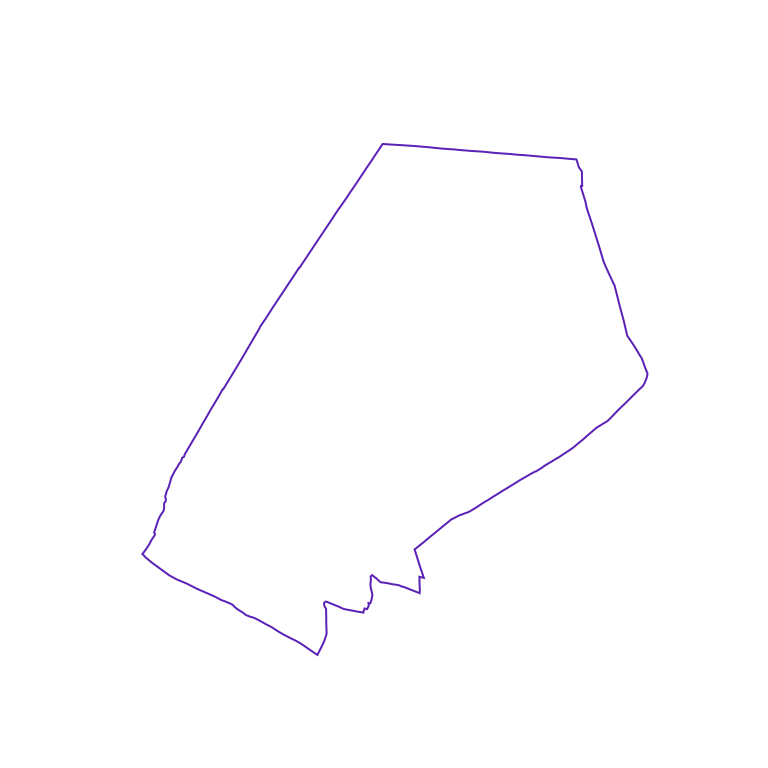 Tam Nong, Ðong Tháp, Vietnam, rotated 318°
{"feature_id": "81297802B81919693811276", "entity_name": "Tam Nong", "entity_type": "district", "adm_level": 2, "iso_a3": "VNM", "parent_name": "Vietnam", "parent_adm1": "Ðong Tháp", "projection": "robinson", "projection_center": [105.496, 10.734], "detail": "fine", "context": "isolated", "style": "outline", "palette": "violet", "viewbox_px": 768, "rotation_deg": 318, "n_neighbors": 0, "source": "geoboundaries", "source_scale": "gbopen_adm2", "svg_char_len": 3938}
<svg xmlns="http://www.w3.org/2000/svg" viewBox="0 0 768 768"><g transform="rotate(318 384 384)"><path d="M597.0,511.4L597.1,510.8L604.7,497.0L611.1,484.3L617.3,472.6L621.1,465.4L621.6,463.8L621.7,463.3L627.1,445.7L629.3,439.5L635.2,427.2L640.2,416.3L645.9,403.8L650.6,393.0L652.4,389.0L655.9,382.9L662.3,369.0L663.0,368.6L663.8,369.4L673.3,358.4L673.8,353.4L677.3,345.9L673.6,342.0L666.2,334.0L657.7,325.4L655.4,322.9L646.6,313.4L641.1,307.5L637.6,304.0L630.7,296.5L628.9,294.6L624.6,290.2L620.6,286.0L619.0,284.2L614.2,278.9L611.0,275.5L604.3,268.7L602.4,266.6L597.2,261.2L593.0,256.5L591.1,254.6L584.1,247.3L575.6,237.9L566.9,228.6L557.7,219.1L548.9,210.2L543.6,204.7L528.3,208.6L523.3,209.9L518.2,211.1L501.5,215.4L491.9,217.8L486.4,219.1L481.2,220.5L468.3,223.5L468.2,223.5L467.7,223.5L453.9,227.1L422.8,235.0L399.0,241.1L398.7,240.8L384.2,244.6L357.3,251.5L352.2,252.8L341.1,255.9L330.4,258.5L328.4,259.4L309.9,265.3L299.0,268.8L293.9,270.4L275.9,275.9L261.0,280.3L260.9,280.3L260.8,280.0L260.6,280.0L251.5,283.0L238.4,287.0L228.8,290.2L223.3,291.9L215.3,294.6L201.0,299.1L189.0,302.9L188.8,303.0L186.9,304.2L184.4,303.8L183.8,304.3L181.4,305.7L179.5,306.1L177.6,306.4L175.9,307.1L173.3,307.9L171.4,308.3L167.1,309.9L163.5,311.2L159.4,313.8L154.7,316.7L151.1,318.1L148.1,320.0L146.2,321.1L145.7,321.9L144.6,324.0L143.3,325.0L142.0,325.3L140.8,325.5L140.1,326.2L137.4,329.3L135.0,330.9L130.4,331.9L125.8,333.7L113.8,340.5L113.7,341.2L113.5,342.1L112.6,342.9L106.6,344.4L102.5,346.0L97.0,347.5L90.7,348.7L90.8,349.0L90.8,353.1L91.9,361.1L94.7,374.5L96.4,382.5L99.1,390.3L103.8,400.2L108.0,411.1L115.3,427.1L115.8,428.2L118.4,435.4L120.5,439.3L122.6,443.8L123.8,446.9L123.8,447.2L123.8,449.4L124.1,452.1L125.2,456.2L126.2,459.7L126.4,460.7L126.8,463.3L128.9,467.5L130.4,469.8L131.6,472.3L133.5,477.5L135.5,483.4L137.8,489.5L139.7,496.7L141.6,502.7L144.6,510.7L146.9,516.3L148.2,520.3L149.1,523.6L150.5,529.6L151.1,532.2L152.1,536.4L152.8,539.1L153.2,540.8L160.9,537.8L167.7,535.0L172.4,532.3L174.0,531.4L177.3,527.6L180.6,523.6L183.6,520.3L190.6,512.2L190.8,510.4L191.6,508.1L193.1,506.6L195.0,506.6L195.9,507.9L201.6,519.7L203.3,523.7L203.9,524.7L205.7,527.2L209.6,532.2L211.9,535.3L215.0,539.1L215.7,540.1L216.7,539.2L219.4,537.9L220.7,540.0L222.5,539.3L224.0,538.7L224.5,538.4L225.0,537.9L225.9,536.4L227.1,537.8L227.4,537.7L228.5,537.0L230.4,535.9L232.6,534.3L233.9,533.3L234.6,532.4L236.2,529.5L237.5,527.0L239.0,525.0L240.0,523.6L242.7,521.3L243.9,519.8L245.3,518.1L247.4,518.1L247.6,519.9L248.0,522.4L248.3,523.6L248.6,527.7L248.7,528.5L248.9,529.1L249.2,529.6L250.4,530.8L251.3,531.9L253.4,534.5L256.1,538.2L259.1,541.8L260.6,543.8L261.6,546.2L263.0,548.2L263.4,549.0L267.7,557.7L270.2,562.6L270.5,563.3L272.7,561.2L275.0,558.3L277.6,555.2L281.3,551.0L283.9,554.7L287.9,545.3L291.7,536.9L296.1,527.4L307.3,528.1L314.7,528.3L320.0,528.6L325.0,528.9L329.2,529.0L333.1,529.2L343.7,529.7L344.3,530.0L345.1,530.2L352.1,532.0L354.6,533.1L356.2,533.7L358.5,534.6L360.1,535.3L361.5,535.8L363.2,536.2L364.3,536.4L365.3,536.6L369.0,537.3L370.7,537.6L371.9,537.8L376.3,538.4L379.8,539.0L383.4,539.8L385.3,540.1L388.6,540.6L391.9,541.2L395.1,541.8L396.8,542.1L402.2,543.0L403.8,543.4L404.6,543.5L405.5,543.7L407.6,544.1L410.6,544.6L413.1,545.1L417.2,545.8L422.2,546.7L424.0,547.1L429.8,548.4L431.0,548.6L431.5,548.7L435.8,549.7L437.3,550.1L438.9,550.8L445.7,551.9L448.0,552.1L450.3,552.5L456.6,553.8L460.3,554.4L464.8,555.4L470.3,556.2L478.3,557.4L480.6,557.7L482.7,557.9L483.3,557.9L489.5,558.1L494.2,558.4L500.1,558.4L512.7,558.7L518.7,559.8L525.4,561.1L530.9,560.8L534.5,560.5L540.2,560.1L543.2,560.0L549.0,559.8L555.9,559.5L559.0,559.3L565.5,559.0L570.2,558.8L574.4,558.7L575.4,558.6L575.9,558.4L578.7,557.5L580.0,556.8L582.2,555.8L584.9,554.2L585.8,553.5L586.3,552.9L586.9,552.3L587.4,551.2L589.5,545.2L591.7,540.1L592.8,537.3L593.2,534.3L593.5,532.8L595.3,523.6L597.0,511.4Z" fill="none" stroke="#5b21b6" stroke-width="2"/></g></svg>